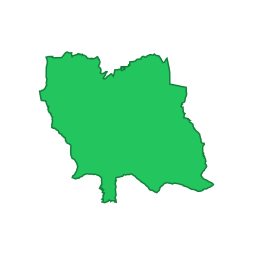 outline of Helegiu, Bacau, Romania, rotated 104°
{"feature_id": "2599482B3078952345821", "entity_name": "Helegiu", "entity_type": "district", "adm_level": 2, "iso_a3": "ROU", "parent_name": "Romania", "parent_adm1": "Bacau", "projection": "natural_earth1", "projection_center": [26.779, 46.352], "detail": "fine", "context": "isolated", "style": "filled", "palette": "green", "viewbox_px": 256, "rotation_deg": 104, "n_neighbors": 0, "source": "geoboundaries", "source_scale": "gbopen_adm2", "svg_char_len": 5786}
<svg xmlns="http://www.w3.org/2000/svg" viewBox="0 0 256 256"><g transform="rotate(104 128 128)"><path d="M177.8,82.5L177.6,82.1L177.0,82.0L175.1,80.3L173.5,79.7L172.0,77.7L171.5,76.6L171.6,75.4L171.4,73.7L171.5,71.2L170.5,70.1L170.1,68.7L169.9,65.6L170.1,60.7L170.6,60.4L170.9,55.5L171.7,53.4L172.1,51.1L171.7,49.4L171.9,48.4L171.7,47.9L171.9,47.8L171.9,46.9L172.5,45.4L172.0,43.0L171.0,41.1L170.2,40.8L169.9,40.0L168.8,39.5L167.9,36.9L166.9,36.1L165.2,33.8L163.5,32.2L162.3,31.4L161.6,32.1L160.9,33.8L160.5,36.5L159.5,39.4L159.0,42.7L158.3,43.4L158.0,44.0L156.9,45.0L156.7,45.5L155.4,45.8L153.6,45.1L153.1,45.2L151.8,44.7L150.7,43.8L148.5,43.4L147.8,42.8L146.2,42.4L144.7,43.3L144.2,44.3L143.4,44.7L141.3,44.4L140.0,45.2L139.2,45.5L138.3,46.4L136.8,47.2L137.4,47.6L135.9,48.6L135.5,48.4L135.3,48.5L134.9,49.1L134.2,48.5L133.0,49.7L129.2,50.8L127.0,50.9L125.6,50.0L125.1,50.1L124.4,50.6L124.8,51.4L124.5,53.1L123.3,53.8L123.2,54.0L122.8,54.0L121.0,54.7L120.4,55.2L116.6,57.1L116.6,57.4L115.5,58.6L114.0,61.8L112.6,63.7L112.5,63.4L111.4,64.7L108.5,66.1L108.3,67.0L107.9,67.5L107.3,69.8L106.3,70.1L105.7,69.5L105.5,70.2L105.1,70.6L105.2,71.8L104.4,71.8L104.5,76.3L101.5,76.6L100.2,76.2L100.2,76.8L100.0,77.5L99.7,77.5L99.5,78.1L98.5,78.4L98.5,78.6L97.7,78.6L95.8,79.4L94.6,79.6L94.9,80.5L94.3,81.7L94.0,81.5L93.7,81.8L93.1,81.8L92.3,81.5L92.3,81.1L92.1,81.0L91.9,81.4L91.6,81.4L91.5,81.7L90.7,81.5L89.5,79.9L88.4,79.3L86.0,79.6L83.7,79.6L82.6,79.2L80.4,79.5L79.2,79.9L78.5,80.6L77.7,80.5L74.5,81.4L74.9,87.5L74.8,88.0L75.3,98.0L63.9,101.0L60.7,102.3L51.0,107.0L52.2,107.7L55.0,108.4L55.9,109.3L56.0,110.1L53.0,112.7L51.2,114.7L51.2,115.3L50.6,115.5L50.8,118.5L49.9,120.4L51.2,121.2L51.4,122.0L51.3,123.5L51.6,124.4L53.9,127.3L55.0,127.7L55.2,128.6L54.7,129.8L55.1,131.3L56.8,132.2L58.0,132.2L58.0,132.6L57.9,132.7L58.5,133.7L59.0,135.7L61.7,137.5L63.4,142.2L66.7,141.6L66.5,142.6L67.2,142.7L67.7,142.3L68.4,142.9L69.0,144.3L69.3,146.4L69.8,148.0L70.1,148.2L70.2,148.7L70.1,148.8L70.1,149.2L70.3,149.2L70.4,149.5L71.4,149.4L70.5,145.6L72.0,145.4L72.3,146.6L72.5,146.5L73.7,147.6L73.8,148.3L72.6,148.6L73.4,151.3L74.0,151.9L74.7,154.8L79.5,154.6L81.4,154.8L79.7,156.6L79.5,157.5L79.9,157.9L82.0,159.4L82.8,160.3L85.7,162.0L85.9,162.4L86.1,163.6L85.8,164.1L82.0,162.8L80.7,162.8L80.2,163.1L79.4,162.1L78.5,161.9L78.5,162.4L78.7,163.1L80.4,164.5L81.3,165.6L81.6,166.9L81.2,168.3L80.1,168.0L78.0,168.3L76.5,169.4L76.3,170.7L74.9,171.4L74.9,171.6L73.1,171.1L71.5,171.1L70.3,171.4L68.9,172.3L68.1,173.0L68.0,173.7L67.0,174.0L66.9,174.4L66.3,174.7L66.3,175.2L67.9,176.4L68.4,177.0L68.9,177.7L69.0,178.3L69.3,178.5L69.2,179.7L69.8,180.1L69.8,180.8L69.5,180.9L69.9,181.4L70.0,183.2L70.4,183.8L69.1,185.4L69.3,185.5L69.1,185.9L68.5,186.2L68.4,187.1L68.2,187.5L68.0,188.6L68.1,189.4L68.6,190.0L67.7,190.2L68.0,190.6L67.9,191.7L68.1,192.0L67.9,192.8L68.0,193.1L68.4,193.0L68.4,193.5L67.9,194.4L68.5,195.0L68.9,195.0L71.4,199.1L72.3,199.5L71.4,200.1L69.3,200.9L68.7,200.9L69.5,203.4L69.0,204.7L69.1,205.6L69.8,206.5L70.5,207.0L75.6,209.3L75.8,209.6L78.0,217.5L77.7,218.0L76.9,218.4L77.5,219.1L77.1,219.2L77.8,222.1L79.1,224.6L81.7,222.8L83.6,222.2L84.6,222.0L89.1,221.9L98.8,219.6L99.2,219.1L100.5,218.4L104.1,218.2L106.5,217.2L107.0,217.7L109.5,218.0L111.2,219.1L112.0,219.7L112.3,220.7L113.3,221.2L113.6,222.7L120.9,219.5L122.3,218.7L122.1,218.3L121.7,214.5L126.9,211.0L126.3,210.2L126.7,210.1L127.0,210.6L127.6,210.2L127.9,210.2L128.8,210.0L129.3,210.2L129.9,209.6L130.7,209.4L131.4,208.5L132.1,208.2L132.2,207.0L132.7,206.7L132.7,206.3L133.5,206.3L133.6,205.9L135.2,205.0L135.6,204.0L138.2,203.6L139.0,202.9L140.3,203.0L141.3,202.6L143.0,202.9L145.1,202.1L145.6,202.3L146.0,202.1L146.1,200.8L146.4,200.3L145.9,199.3L146.0,199.0L146.4,198.3L146.5,197.8L146.9,197.4L146.8,196.9L147.2,196.6L147.6,194.7L148.5,194.4L148.6,194.2L149.1,194.1L149.6,193.7L150.0,192.6L150.0,191.7L150.4,191.1L150.2,190.7L151.3,190.2L151.5,189.4L152.1,188.7L152.2,187.9L152.8,187.6L152.6,186.8L152.7,186.5L153.9,186.1L155.2,185.3L155.4,185.5L156.7,184.3L157.3,183.4L157.6,182.2L157.6,181.3L158.3,179.8L158.9,179.1L163.7,178.2L168.0,176.9L171.0,174.8L171.4,172.4L174.4,169.3L177.7,167.4L182.1,167.5L186.5,168.7L187.7,169.9L189.6,170.1L189.6,168.5L189.8,168.2L190.0,167.3L189.9,166.1L188.9,165.4L188.8,164.3L188.3,163.2L187.2,162.7L186.0,160.7L184.3,159.8L182.3,156.8L182.1,154.3L181.6,152.7L181.4,151.3L181.5,150.4L180.7,148.5L181.2,145.5L181.2,144.6L182.4,142.4L182.4,141.8L189.0,139.8L189.5,140.1L189.8,139.8L190.1,139.8L190.6,140.0L190.8,140.5L191.7,140.5L191.8,140.7L193.3,141.0L193.3,140.3L192.7,139.7L193.1,139.3L193.8,139.6L193.7,139.1L193.3,138.9L193.6,138.8L193.1,138.6L193.1,138.4L193.3,138.5L193.4,138.1L194.0,138.1L194.0,137.1L194.6,137.6L194.9,137.0L195.6,137.2L195.9,137.4L196.9,137.3L197.0,136.8L196.6,135.7L196.7,135.2L197.6,135.1L197.9,135.3L197.9,135.6L198.9,135.6L199.8,136.0L200.7,135.3L202.3,135.4L203.1,135.9L203.0,135.3L203.4,135.4L203.2,134.9L203.3,134.6L204.7,134.4L205.2,134.5L205.7,135.3L206.0,135.3L205.8,134.6L206.1,133.7L206.0,132.7L205.7,131.9L203.8,129.5L202.8,129.5L202.6,129.3L202.5,128.4L202.7,127.8L202.8,127.9L202.8,127.3L203.4,126.9L202.5,126.3L202.2,124.6L202.0,124.1L201.9,122.7L202.3,122.6L202.9,122.9L202.8,121.5L200.6,122.4L200.0,122.7L199.8,123.3L198.7,123.6L197.9,123.8L196.3,123.3L191.0,125.3L187.6,125.5L185.3,126.9L183.9,126.8L183.0,127.3L181.9,126.6L181.5,126.6L181.4,127.5L179.2,127.6L178.7,127.1L178.1,125.3L176.7,123.0L176.2,121.6L174.2,120.7L174.1,120.4L174.3,119.3L173.3,117.4L172.9,115.6L171.9,114.1L171.9,112.9L172.8,110.7L173.0,109.6L174.5,107.5L176.2,103.4L177.0,102.4L177.3,101.0L177.9,99.7L178.1,98.4L179.5,96.4L180.7,93.9L182.5,92.4L182.8,91.0L182.5,89.4L183.4,86.9L183.8,84.5L180.9,82.6L177.8,82.5Z" fill="#22c55e" stroke="#15803d" stroke-width="1.5"/></g></svg>